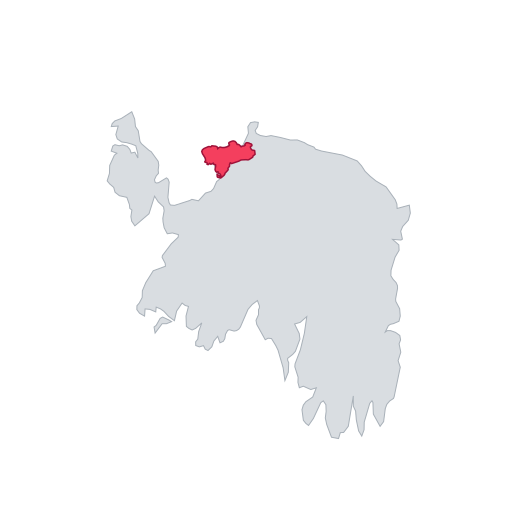 Monaghan on a map of Ireland (orthographic projection), rotated 296°
{"feature_id": "IRL-3412", "entity_name": "Monaghan", "entity_type": "Administrative County", "adm_level": 1, "iso_a3": "IRL", "parent_name": "Ireland", "parent_adm1": "", "projection": "orthographic", "projection_center": [-6.93, 54.159], "detail": "fine", "context": "in_parent", "style": "filled", "palette": "rose", "viewbox_px": 512, "rotation_deg": 296, "n_neighbors": 0, "source": "natural_earth", "source_scale": "10m", "svg_char_len": 5687}
<svg xmlns="http://www.w3.org/2000/svg" viewBox="0 0 512 512"><g transform="rotate(296 256 256)"><path d="M316.9,95.3L308.1,101.5L306.7,103.8L304.1,113.4L303.8,116.1L298.2,126.6L295.0,128.8L290.3,130.4L287.6,132.1L284.3,131.2L280.0,131.3L277.9,133.2L278.0,134.6L279.2,136.3L287.0,141.3L286.5,143.3L284.3,145.6L270.1,151.1L265.8,154.5L264.3,156.7L265.8,160.6L276.9,172.2L278.8,173.5L280.4,180.1L290.4,183.0L294.4,187.2L298.0,188.3L305.7,188.0L308.7,189.5L310.5,188.4L311.5,186.2L320.1,178.1L317.5,172.0L326.2,161.7L328.5,161.9L332.6,165.0L335.9,169.4L337.0,175.3L340.2,180.6L342.2,182.4L347.7,183.4L349.0,185.5L348.1,193.1L348.9,195.7L363.0,195.4L368.6,192.0L373.5,192.6L376.0,196.0L377.1,199.5L372.9,200.8L368.5,200.2L366.3,202.5L366.2,207.0L367.8,212.7L370.8,216.7L373.2,225.9L375.3,236.1L378.4,242.2L379.1,249.8L378.7,253.6L379.3,260.3L378.1,262.7L379.1,269.0L384.6,289.4L385.8,305.3L383.3,311.3L379.9,317.0L377.7,323.7L376.0,331.0L375.1,342.7L367.6,356.5L364.4,359.9L360.6,362.0L368.9,371.5L362.2,375.9L354.9,377.2L346.8,374.9L341.7,375.2L335.3,380.2L333.9,379.3L330.8,371.4L328.6,379.5L323.9,382.1L315.9,381.5L302.5,383.6L297.3,385.9L295.1,389.5L293.5,393.6L291.4,396.1L289.0,397.4L278.6,400.3L276.5,401.5L271.6,408.2L265.2,412.0L260.0,413.1L255.4,409.1L253.5,406.7L251.4,405.5L244.3,405.5L246.5,406.8L247.9,409.6L248.5,414.9L247.6,420.1L244.0,422.7L239.8,423.1L233.0,428.3L224.2,429.6L219.3,434.4L189.9,441.9L188.2,442.0L184.3,439.7L179.9,438.6L175.5,439.1L163.1,443.3L157.3,442.2L165.3,430.8L175.6,425.3L176.7,423.7L173.4,422.8L154.1,426.1L147.2,429.3L140.5,430.0L143.8,424.9L152.7,418.0L160.3,413.5L163.7,409.3L172.9,404.8L143.4,413.6L135.8,412.1L134.2,409.2L128.1,410.2L126.2,403.3L135.5,393.5L140.8,389.3L147.0,387.2L153.0,384.0L155.3,380.0L152.6,378.5L135.1,378.8L126.7,377.5L127.4,374.2L129.1,370.6L138.0,364.7L142.7,363.9L146.9,364.7L154.1,368.8L164.0,368.0L160.0,363.8L159.7,355.6L156.6,352.7L160.8,349.1L165.5,347.0L173.4,339.5L176.1,338.4L191.2,337.0L207.6,333.4L223.8,328.2L215.7,324.8L211.8,320.5L205.3,328.8L200.6,331.9L187.6,333.2L183.6,332.1L177.9,329.3L176.1,330.2L174.4,332.2L165.7,336.0L156.7,336.6L167.4,329.4L181.1,317.0L184.2,313.0L188.6,306.1L187.4,302.9L184.8,301.0L194.8,286.7L198.2,284.2L204.3,284.0L208.8,281.8L210.8,281.8L212.6,281.0L216.6,276.8L210.7,273.8L204.5,272.2L185.3,273.1L182.7,272.6L180.4,271.2L178.9,269.2L178.0,264.2L176.6,263.1L172.3,262.9L168.0,264.2L165.0,264.0L162.2,261.7L167.0,256.8L161.1,255.4L155.0,256.1L150.0,254.3L150.0,251.2L152.4,248.1L149.5,244.9L149.1,241.1L152.4,239.4L155.8,240.1L163.0,237.6L172.1,236.6L164.5,233.5L161.5,231.0L161.5,227.4L162.2,224.3L171.4,219.4L181.1,217.4L180.5,214.0L181.3,210.2L171.7,208.8L162.1,211.0L163.4,203.9L165.9,197.5L166.6,193.3L166.3,188.7L161.8,190.4L161.5,184.0L159.8,179.5L153.1,182.2L153.5,176.4L155.6,172.4L159.1,170.8L162.5,171.7L168.8,171.9L175.0,169.1L183.8,168.6L197.7,170.1L207.1,179.1L209.6,177.6L213.6,172.2L215.4,171.7L229.9,174.5L238.8,177.8L241.2,176.9L240.1,170.8L237.1,166.5L241.1,161.1L245.9,157.5L249.1,155.7L256.4,153.6L259.6,151.4L261.8,144.4L265.3,138.6L247.1,141.3L230.0,133.9L232.8,129.0L236.5,126.3L242.9,124.3L243.5,121.7L246.7,119.7L252.1,114.2L250.3,106.8L251.5,101.4L255.3,98.0L256.6,93.0L258.3,89.3L265.9,88.1L273.3,84.8L284.5,84.5L287.4,85.9L286.8,79.9L292.1,79.1L294.2,80.4L295.1,84.7L297.4,87.4L298.1,92.2L296.5,95.9L293.8,98.7L296.2,101.6L292.3,106.9L296.5,104.7L302.4,99.6L302.1,95.4L301.2,90.1L299.6,85.3L300.4,80.0L303.7,76.8L312.4,75.2L308.9,69.2L312.0,68.7L315.5,69.9L320.5,74.6L331.2,81.1L325.9,86.9L319.5,90.9L316.9,95.3ZM160.3,206.1L160.0,208.9L155.9,205.2L154.0,201.3L142.5,199.1L147.5,195.5L149.8,196.7L157.9,197.2L160.2,198.9L160.3,206.1Z" fill="#d9dde1" stroke="#a8b0b8" stroke-width="1"/><path d="M328.0,161.3L329.9,162.2L333.4,165.2L333.8,165.8L334.3,167.5L334.8,167.8L335.4,167.8L335.8,168.2L336.3,169.7L337.0,171.5L337.1,172.9L336.6,173.9L335.7,174.5L337.7,175.5L338.2,176.1L338.4,176.9L338.6,177.8L339.0,178.8L339.9,180.4L341.0,181.7L342.2,182.7L343.5,183.5L344.2,183.5L344.6,183.0L345.0,182.4L345.6,182.0L346.3,182.1L346.9,182.5L348.1,183.5L349.0,184.5L349.4,185.0L349.8,186.8L349.2,188.6L348.0,190.2L348.6,191.3L348.5,192.4L347.6,194.7L348.5,195.4L350.0,197.3L350.8,197.7L351.1,197.5L351.5,197.0L353.0,197.4L353.5,197.7L353.7,197.9L353.9,198.2L354.0,198.5L354.4,199.8L354.5,200.2L354.4,201.0L354.4,201.4L354.4,201.5L354.6,202.1L354.6,202.5L354.5,203.0L354.1,203.6L353.5,203.9L353.1,203.9L352.8,203.7L352.3,203.3L352.1,203.2L351.7,203.1L351.3,203.3L350.8,203.7L350.0,204.7L349.7,205.3L349.6,206.1L349.6,206.5L349.6,207.0L349.8,207.3L350.1,207.7L350.1,208.3L350.0,208.7L347.0,210.6L344.6,209.5L343.3,209.7L339.8,207.6L338.9,206.7L338.4,205.4L338.2,204.8L336.1,201.0L335.6,200.4L335.2,199.9L334.8,199.8L333.7,199.0L328.6,193.8L328.2,193.2L328.4,192.9L328.6,192.6L328.6,192.2L328.4,192.0L328.1,191.9L326.6,192.1L326.3,192.2L325.5,192.7L325.2,192.8L324.7,192.8L323.3,192.4L322.8,192.4L322.4,192.4L322.1,192.6L321.7,193.0L321.3,193.1L320.8,193.1L316.8,191.9L316.4,191.9L315.8,192.1L314.5,191.9L311.1,190.4L310.9,190.2L311.3,190.2L310.0,187.5L310.0,186.8L310.4,186.3L312.2,185.3L312.3,185.5L312.2,186.2L312.1,187.1L312.1,188.2L312.0,189.1L312.2,189.5L313.0,189.1L313.5,188.5L314.0,187.7L314.1,186.7L313.9,185.7L315.0,185.1L314.9,184.6L314.4,184.2L314.1,183.8L314.4,182.8L314.8,182.2L315.3,181.7L315.9,181.2L319.0,180.4L320.3,179.6L319.9,178.0L320.7,176.9L318.7,175.2L319.0,173.8L317.1,172.9L317.0,171.8L317.3,171.7L317.7,171.9L318.0,171.5L318.5,170.6L318.3,170.4L318.1,169.9L318.0,169.3L318.1,168.8L318.5,168.6L319.5,168.8L319.9,168.8L321.8,167.4L324.5,163.0L326.2,161.4L328.0,161.3Z" fill="#f43f5e" stroke="#9f1239" stroke-width="1.5"/></g></svg>